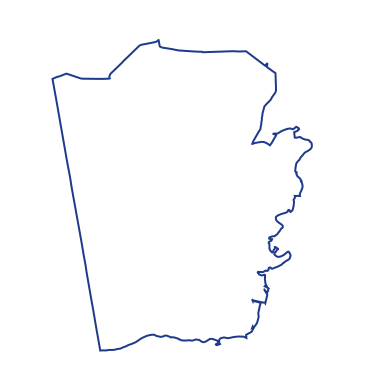 Limanu, Constanta, Romania, rotated 83°
{"feature_id": "2599482B33389686474372", "entity_name": "Limanu", "entity_type": "district", "adm_level": 2, "iso_a3": "ROU", "parent_name": "Romania", "parent_adm1": "Constanta", "projection": "mercator", "projection_center": [28.522, 43.777], "detail": "fine", "context": "isolated", "style": "outline", "palette": "blue", "viewbox_px": 384, "rotation_deg": 83, "n_neighbors": 0, "source": "geoboundaries", "source_scale": "gbopen_adm2", "svg_char_len": 5955}
<svg xmlns="http://www.w3.org/2000/svg" viewBox="0 0 384 384"><g transform="rotate(83 192 192)"><path d="M62.8,316.7L85.4,315.4L146.1,312.3L161.5,311.3L169.2,311.0L171.0,311.0L227.9,307.8L243.4,307.1L251.1,306.6L258.9,306.4L285.2,305.1L297.7,304.4L313.2,303.7L338.2,302.4L338.2,300.9L338.8,296.6L338.7,295.4L338.7,293.0L339.1,289.6L339.1,287.5L338.8,285.6L338.7,282.0L337.9,279.7L337.2,276.9L337.0,275.7L336.5,274.8L336.0,273.3L335.7,271.5L334.7,267.7L334.1,265.9L331.2,260.3L330.1,257.2L329.2,254.0L328.8,250.1L328.9,248.2L329.0,247.0L329.5,246.2L330.4,245.2L331.7,241.6L332.0,240.6L332.0,239.8L331.9,238.8L331.3,236.3L331.3,235.4L331.4,234.8L333.1,231.5L333.7,230.9L333.8,230.4L333.7,229.4L334.1,227.7L334.8,225.9L335.1,225.5L335.5,224.3L336.3,222.9L336.7,222.8L336.9,222.4L337.8,220.6L338.2,219.5L338.3,218.6L338.5,217.9L338.7,215.2L338.8,214.3L338.9,212.1L339.0,211.7L339.4,211.0L339.5,210.3L339.5,209.4L338.9,206.4L339.0,205.4L339.8,202.8L341.9,200.4L342.3,199.5L342.5,198.7L342.4,197.7L342.0,196.5L341.5,195.2L340.2,192.5L340.0,191.6L340.2,190.3L340.5,189.3L341.3,187.5L342.5,185.3L343.5,184.5L344.0,184.3L345.2,184.4L345.6,184.6L345.8,184.9L345.9,185.6L346.1,186.0L345.7,186.2L345.9,186.7L346.3,186.9L346.9,186.4L346.9,185.1L346.3,182.8L345.6,183.2L344.3,183.3L342.3,183.1L341.9,182.9L340.8,181.6L340.6,181.2L340.4,179.7L340.3,178.6L340.4,177.4L340.9,176.1L341.4,174.5L341.5,173.6L341.0,168.0L341.1,163.5L341.9,158.3L343.5,155.8L340.3,155.7L338.1,150.0L334.4,147.3L333.8,148.2L334.0,148.7L333.1,148.2L333.6,148.1L334.2,147.1L333.3,146.5L330.6,143.9L329.7,143.3L324.5,141.2L322.6,140.9L320.8,141.1L313.9,138.8L310.3,137.3L307.6,144.4L307.8,144.7L308.0,144.8L305.7,145.5L306.8,144.9L307.2,144.0L310.4,135.1L310.5,133.1L311.3,132.8L303.9,130.0L303.0,129.8L298.3,131.9L297.8,132.2L297.7,132.7L297.4,131.3L297.7,131.7L298.0,131.7L301.6,130.1L301.5,129.9L301.1,129.7L299.8,129.0L299.8,128.8L297.3,127.9L297.2,127.7L296.9,127.8L296.0,129.1L295.0,130.3L294.5,131.3L294.3,131.1L295.1,129.7L294.7,129.2L293.1,130.0L290.9,130.3L289.8,130.2L287.3,130.3L285.6,129.9L284.8,129.9L283.8,129.6L283.4,129.6L283.0,130.1L283.0,130.5L283.3,131.9L283.3,133.1L282.2,135.2L281.8,135.5L280.9,135.6L280.6,136.3L280.2,136.5L279.8,136.6L279.6,136.5L279.4,136.3L279.3,135.9L279.6,134.9L279.7,133.5L279.9,132.8L280.1,132.3L280.1,131.9L280.0,130.9L279.0,128.6L278.9,128.3L279.4,127.4L279.5,127.0L279.3,126.4L279.0,126.0L278.2,125.3L277.2,125.3L276.5,124.7L276.4,124.0L276.6,123.2L277.4,122.7L277.7,122.4L277.9,121.9L277.9,121.2L277.2,119.1L277.1,118.3L276.4,115.6L275.1,112.1L274.8,111.6L273.7,110.4L273.4,109.4L272.7,108.6L272.1,107.2L271.5,106.1L271.3,105.4L270.8,104.4L270.2,103.4L269.3,102.8L267.1,101.9L266.3,102.0L264.3,102.6L262.9,103.6L262.9,103.8L263.7,105.6L264.3,106.3L265.6,108.5L266.3,110.2L266.6,111.1L266.9,112.4L266.9,114.4L266.7,115.0L266.4,115.6L264.7,117.3L263.8,117.9L263.6,117.9L263.2,117.7L262.3,117.0L261.4,116.0L260.0,114.9L259.4,114.0L259.3,113.6L259.2,113.5L258.8,113.6L256.6,116.2L256.7,116.5L257.2,116.4L257.8,116.6L258.8,117.2L259.9,118.3L261.2,118.7L261.8,119.4L261.7,119.9L260.5,120.9L259.0,121.7L257.4,122.0L252.9,121.5L252.5,121.9L251.5,122.1L250.9,121.6L250.5,120.8L250.2,119.7L249.9,119.0L248.6,118.3L248.2,120.1L247.9,120.8L247.7,121.1L247.0,121.0L246.6,120.8L245.8,118.0L245.9,115.5L245.5,114.5L245.0,113.9L244.4,112.7L241.4,109.8L241.0,109.2L239.9,108.6L239.0,107.6L238.7,106.7L238.1,106.3L237.3,106.0L236.5,106.1L235.1,107.1L234.8,107.6L232.7,109.9L231.1,111.3L230.0,111.8L228.9,112.0L227.6,111.9L227.0,111.7L226.4,110.9L225.6,109.3L224.9,106.8L224.4,104.2L224.2,102.4L223.7,100.6L223.2,99.6L221.8,98.8L221.6,98.4L221.8,97.7L222.2,97.3L222.6,97.1L223.1,97.2L223.8,96.7L222.9,95.1L222.0,94.3L218.8,93.0L214.2,91.9L212.9,92.1L212.2,92.1L211.6,91.8L210.7,90.8L209.5,90.4L208.4,90.5L209.1,85.3L208.1,85.4L207.0,85.1L205.9,84.6L203.5,83.0L203.1,83.0L202.4,82.6L202.0,82.2L200.2,81.6L199.0,81.5L195.2,81.9L194.9,82.6L194.5,82.6L194.3,82.1L194.0,82.1L192.8,82.8L191.3,83.5L189.7,85.1L189.1,85.5L188.1,85.7L187.2,86.2L186.8,86.3L185.6,85.7L185.2,85.7L184.7,86.7L184.4,86.9L183.9,87.0L180.9,86.4L176.9,85.2L176.3,84.9L174.5,83.3L173.5,82.1L173.3,81.6L170.9,79.9L170.5,79.5L169.0,77.7L167.4,76.1L166.8,75.4L166.4,74.7L165.4,72.1L164.5,70.2L163.2,68.5L162.4,67.9L161.5,67.5L159.3,67.3L157.9,67.4L157.3,67.7L156.9,68.5L156.6,68.8L155.8,68.9L155.3,69.3L154.9,69.7L154.1,71.6L154.0,72.5L152.9,75.0L151.9,76.5L150.8,77.6L150.6,78.0L150.8,81.8L150.6,83.3L149.6,83.4L145.1,83.3L144.2,80.1L143.9,79.5L143.0,78.9L142.8,78.1L141.5,78.4L141.3,78.8L140.2,80.2L140.0,80.6L140.5,81.0L140.6,81.3L140.6,81.8L141.7,83.2L142.0,84.2L141.9,84.6L141.4,85.3L141.1,86.4L140.9,87.2L140.9,88.7L141.0,90.0L142.3,95.3L144.3,99.8L144.4,100.7L144.2,101.4L144.3,102.0L144.0,102.9L144.0,103.4L144.2,104.1L144.4,104.1L144.7,103.2L145.5,101.9L145.8,101.6L146.2,101.7L148.8,103.8L152.0,106.1L155.2,108.9L153.3,111.1L152.1,112.7L151.0,115.0L150.7,117.2L151.0,123.1L151.6,125.9L151.5,126.3L148.9,124.9L140.8,118.8L137.9,116.4L136.1,116.0L135.0,115.6L133.7,115.3L132.7,114.8L131.3,114.7L129.0,113.9L126.5,113.6L124.7,112.8L123.1,112.6L116.1,109.8L114.2,107.9L110.6,103.3L109.7,102.4L107.4,100.8L103.8,97.4L102.2,96.6L101.6,96.2L85.9,94.8L84.2,94.7L83.9,94.8L83.0,96.1L77.5,102.0L77.3,102.0L76.7,102.6L74.7,101.7L74.0,101.6L73.7,101.9L75.5,104.1L58.9,121.2L58.3,128.0L57.2,134.5L54.6,164.3L54.4,164.6L54.1,164.8L53.1,171.1L50.2,186.4L50.0,186.6L50.0,187.5L48.8,191.4L48.1,193.3L47.5,195.4L47.3,195.9L46.8,197.8L45.0,204.0L44.0,205.8L43.7,206.1L43.2,206.3L37.2,206.6L37.1,206.8L37.7,207.6L38.2,208.4L38.6,209.8L38.9,212.4L39.7,224.2L39.8,225.0L40.2,226.1L40.9,227.1L52.5,242.5L54.1,244.6L54.9,245.4L64.3,257.9L64.9,258.6L66.5,259.6L67.9,260.0L68.4,260.1L69.2,259.8L69.3,260.1L69.4,260.5L69.1,264.3L68.2,272.0L66.1,287.5L65.6,288.9L60.5,299.5L59.4,301.8L59.3,302.2L59.3,302.6L61.2,309.9L61.2,310.2L61.1,311.1L62.3,315.3L62.8,316.7Z" fill="none" stroke="#1e3a8a" stroke-width="2"/></g></svg>